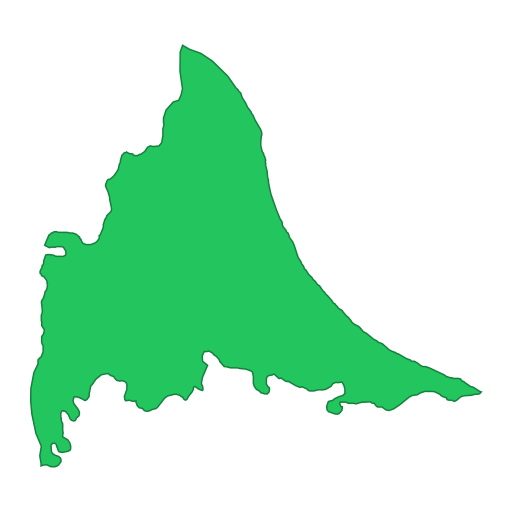 the district of Ramón Villeda Morales, Gracias a Dios, Honduras
{"feature_id": "27666195B49147516395854", "entity_name": "Ramón Villeda Morales", "entity_type": "district", "adm_level": 2, "iso_a3": "HND", "parent_name": "Honduras", "parent_adm1": "Gracias a Dios", "projection": "natural_earth1", "projection_center": [-83.403, 15.103], "detail": "fine", "context": "isolated", "style": "filled", "palette": "green", "viewbox_px": 512, "rotation_deg": 0, "n_neighbors": 0, "source": "geoboundaries", "source_scale": "gbopen_adm2", "svg_char_len": 5964}
<svg xmlns="http://www.w3.org/2000/svg" viewBox="0 0 512 512"><path d="M41.0,465.9L43.9,464.9L46.9,464.9L50.9,466.7L54.9,466.7L56.9,466.1L58.5,465.0L61.0,461.6L61.0,459.9L60.5,458.1L58.5,456.4L55.0,455.2L52.5,453.5L51.5,451.8L51.0,445.4L52.6,443.2L54.6,443.2L56.1,444.3L56.6,445.5L56.6,446.6L57.6,447.8L57.5,448.9L59.0,451.8L62.1,452.4L68.1,451.3L70.1,450.2L70.6,449.0L70.7,446.2L69.7,442.7L67.7,439.8L62.7,436.9L62.7,434.6L63.2,432.9L62.7,430.6L62.7,423.8L61.3,420.9L61.3,418.6L60.8,416.9L60.8,412.9L61.8,411.1L62.8,410.6L63.8,411.2L65.3,411.2L68.3,414.6L70.3,419.2L71.8,420.4L73.8,421.0L75.4,420.4L76.4,418.1L78.9,415.9L79.4,414.1L79.4,411.9L77.9,409.0L74.0,403.8L73.0,400.9L74.0,396.9L77.0,396.9L79.0,397.5L83.0,399.3L84.5,400.4L85.6,400.4L87.1,399.3L89.1,396.5L89.1,394.2L90.7,386.2L92.7,383.9L95.8,379.3L101.3,374.8L106.4,373.7L108.4,373.7L110.4,375.4L113.9,376.6L114.4,377.8L116.4,380.1L117.4,380.6L118.9,380.7L119.9,381.2L120.9,380.7L122.4,380.7L125.5,381.9L126.9,384.2L126.9,389.3L124.3,396.7L124.8,397.9L124.8,399.6L125.8,400.8L128.9,400.2L133.4,401.4L135.9,400.9L135.9,402.0L137.4,406.0L139.4,407.8L142.4,408.4L144.4,410.7L147.4,411.3L149.9,410.7L151.9,409.6L156.0,408.5L157.5,407.3L164.6,398.2L167.6,396.0L174.2,394.3L176.7,394.3L180.2,395.5L181.2,396.6L182.7,397.2L183.7,399.0L185.2,400.1L186.8,399.6L188.3,396.7L192.3,391.6L193.4,389.3L193.4,387.6L193.9,387.0L194.9,386.4L198.9,389.3L202.4,390.5L202.9,390.0L202.9,388.2L202.5,385.9L201.5,384.2L201.5,382.5L202.5,377.3L207.6,365.3L202.6,361.3L202.2,356.1L204.2,351.6L206.7,351.6L208.7,351.0L212.2,352.8L214.2,355.1L216.3,356.3L219.2,359.7L219.7,361.4L224.2,366.6L226.2,366.7L230.3,367.8L237.8,367.9L239.8,368.5L245.9,369.1L250.9,370.9L252.4,372.0L253.4,376.6L253.3,382.9L254.3,386.4L256.3,389.3L259.3,391.0L260.8,392.7L264.8,393.9L267.3,393.9L268.9,392.2L269.4,390.5L269.4,387.7L268.4,387.1L266.4,384.2L266.4,378.5L267.5,376.2L270.5,375.1L272.0,375.1L274.0,374.0L279.0,378.6L281.0,378.0L285.1,380.9L286.6,381.5L288.6,381.5L295.6,385.6L300.1,387.4L302.1,386.8L307.1,389.1L308.1,390.3L309.6,390.9L314.2,390.9L318.2,389.8L322.7,389.9L325.8,389.3L330.8,386.5L332.9,383.7L335.4,382.5L338.9,382.6L341.4,382.0L342.4,382.6L343.9,385.5L344.9,388.9L344.9,393.5L342.3,395.8L339.8,396.3L334.8,398.6L332.7,400.3L328.7,401.4L328.2,401.9L326.6,406.5L327.1,410.0L328.6,411.7L335.2,414.0L337.7,414.1L339.2,413.5L341.7,410.7L342.2,408.9L342.3,406.7L341.2,406.6L340.7,406.1L339.8,403.8L339.8,402.6L340.8,402.1L345.8,402.1L348.3,403.3L353.9,403.3L355.9,403.9L361.4,402.3L370.5,401.8L371.5,402.9L374.5,403.5L375.5,405.2L377.5,407.0L382.0,407.0L386.0,409.9L389.0,410.5L393.6,408.9L399.6,404.9L409.3,397.0L412.8,395.3L417.3,394.8L419.9,393.1L424.9,391.4L433.5,391.5L435.5,392.1L440.0,394.4L441.0,395.6L443.0,396.7L446.5,397.9L447.0,399.6L449.0,400.2L451.5,400.2L454.5,401.4L456.6,400.3L460.6,396.9L463.6,395.8L471.2,395.3L475.2,394.2L478.2,394.2L479.8,393.6L481.3,391.9L479.9,391.5L473.2,387.2L470.7,386.6L464.7,382.5L463.7,381.4L462.7,381.4L461.2,380.2L460.7,379.0L458.2,378.4L453.1,378.4L452.1,377.8L450.6,377.8L446.6,376.6L444.1,374.8L429.1,367.8L425.5,366.6L423.0,366.6L421.5,366.0L419.5,364.8L418.5,363.7L414.5,361.3L411.5,361.3L410.5,360.1L406.0,358.4L398.0,353.7L397.0,353.7L395.5,352.5L394.4,352.5L394.0,351.9L391.9,351.3L388.9,349.6L382.4,343.8L377.9,342.0L376.9,340.9L373.4,339.1L366.4,333.3L362.9,331.5L362.4,330.4L361.4,329.8L360.9,328.6L358.4,326.3L353.9,324.0L351.4,321.7L350.9,320.5L347.9,317.0L346.4,315.9L342.9,311.8L342.4,310.7L338.4,308.3L337.4,306.6L335.9,305.4L335.4,304.3L332.9,302.5L332.0,300.8L327.5,295.6L325.5,293.9L324.5,292.1L323.0,291.0L319.5,285.8L317.5,284.6L315.0,281.1L313.0,279.4L312.0,277.6L308.5,274.2L306.0,270.1L304.5,269.0L303.5,266.1L301.6,263.8L301.1,262.0L298.1,257.4L294.2,245.3L292.7,241.9L289.7,237.8L288.2,233.2L286.7,232.1L285.7,229.8L283.2,226.9L282.3,224.6L282.3,222.8L281.3,220.5L280.3,219.4L276.3,209.6L270.9,194.1L269.5,187.7L268.5,182.6L268.5,180.3L267.6,177.4L267.1,171.1L265.6,165.3L265.7,163.0L265.2,161.9L265.7,160.2L264.7,156.7L263.7,155.0L263.7,153.8L262.2,151.5L260.8,145.8L260.8,141.2L261.4,136.0L261.9,134.3L261.4,131.4L260.4,129.1L255.0,119.9L253.0,115.3L252.0,114.1L251.0,111.8L247.5,107.2L246.0,103.7L242.1,97.4L240.6,92.8L239.1,91.6L237.6,89.3L236.1,88.1L227.8,76.2L212.4,61.1L200.9,53.4L189.7,49.4L182.6,45.3L180.2,52.1L180.0,71.3L182.5,88.9L181.0,95.3L178.7,100.3L173.2,102.0L166.1,110.0L163.5,118.0L163.5,122.6L164.0,124.8L162.9,128.8L162.9,135.7L161.8,142.0L161.3,143.2L158.8,146.0L153.2,146.5L150.2,145.9L147.7,147.1L144.6,151.6L140.6,154.4L139.6,154.4L137.6,155.6L134.0,155.5L132.5,153.8L130.5,153.8L128.5,153.2L126.5,152.0L126.0,152.6L124.5,152.6L121.9,155.4L120.4,160.6L120.4,162.3L119.4,164.0L118.3,169.2L116.3,172.6L113.2,176.6L109.7,179.4L108.2,179.4L107.2,180.5L105.6,184.5L105.6,186.3L108.1,192.0L109.6,197.2L109.6,198.9L111.5,208.1L111.5,209.8L111.0,211.5L106.9,215.5L106.4,217.2L104.9,219.5L103.3,224.6L103.3,227.5L100.2,234.9L99.2,235.5L99.2,238.4L97.2,241.2L95.2,242.9L90.6,244.6L86.1,244.6L83.1,243.4L82.1,242.2L80.6,238.8L79.6,238.2L79.6,237.1L76.1,234.2L72.6,233.0L69.5,233.0L68.0,232.4L58.0,232.3L56.4,231.7L54.4,231.7L50.9,233.4L49.4,235.1L48.9,235.1L44.8,244.8L44.8,245.4L49.3,247.7L51.3,247.1L55.3,247.2L56.9,246.6L61.9,246.7L63.4,247.2L65.9,251.3L65.9,254.1L65.4,255.3L63.3,256.4L55.8,256.3L53.3,255.2L50.3,254.6L47.2,254.6L45.7,255.1L43.7,260.8L43.6,263.1L43.1,264.8L42.1,265.4L42.1,267.1L40.1,271.1L40.1,273.4L41.1,274.0L41.6,275.7L44.1,276.9L46.6,280.3L47.1,281.5L47.0,283.2L47.5,284.9L47.0,288.4L46.0,290.7L45.0,291.8L45.0,292.9L43.4,298.1L41.9,300.4L41.4,302.1L42.3,310.1L42.3,312.4L41.3,315.3L41.3,321.0L41.8,321.6L41.7,325.6L44.2,329.6L44.2,331.9L43.7,332.5L43.7,333.6L41.7,336.5L41.6,341.6L42.1,343.9L43.1,345.7L43.1,352.0L41.0,357.1L40.0,357.7L38.0,359.9L38.0,364.0L33.9,372.5L30.9,388.5L30.7,401.2L31.9,414.1L35.9,433.3L41.3,446.2L39.8,455.8L41.1,463.8L41.0,465.9Z" fill="#22c55e" stroke="#15803d" stroke-width="1.5"/></svg>